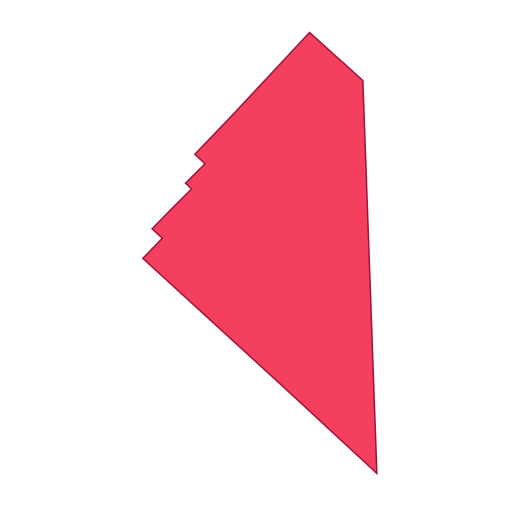 Pellegrini, Buenos Aires, Argentina, rotated 178°
{"feature_id": "61730980B41851340526887", "entity_name": "Pellegrini", "entity_type": "district", "adm_level": 2, "iso_a3": "ARG", "parent_name": "Argentina", "parent_adm1": "Buenos Aires", "projection": "robinson", "projection_center": [-63.262, -36.246], "detail": "fine", "context": "isolated", "style": "filled", "palette": "rose", "viewbox_px": 512, "rotation_deg": 178, "n_neighbors": 0, "source": "geoboundaries", "source_scale": "gbopen_adm2", "svg_char_len": 593}
<svg xmlns="http://www.w3.org/2000/svg" viewBox="0 0 512 512"><g transform="rotate(178 256 256)"><path d="M273.4,398.9L313.6,359.8L303.7,350.0L323.9,331.2L318.0,325.3L338.4,306.4L358.9,286.8L349.0,277.0L369.2,257.6L234.7,125.7L201.1,92.4L181.1,72.5L178.3,69.7L171.3,62.8L160.7,52.3L154.8,46.5L142.8,34.5L142.8,47.6L142.8,52.4L142.8,73.8L142.9,152.1L142.9,225.3L143.0,302.5L143.0,323.6L143.0,328.6L143.0,329.7L143.0,339.6L143.0,341.7L143.0,344.8L143.1,427.6L162.4,446.4L163.1,447.0L167.5,451.2L186.1,469.2L194.7,477.5L273.4,398.9Z" fill="#f43f5e" stroke="#9f1239" stroke-width="1.5"/></g></svg>